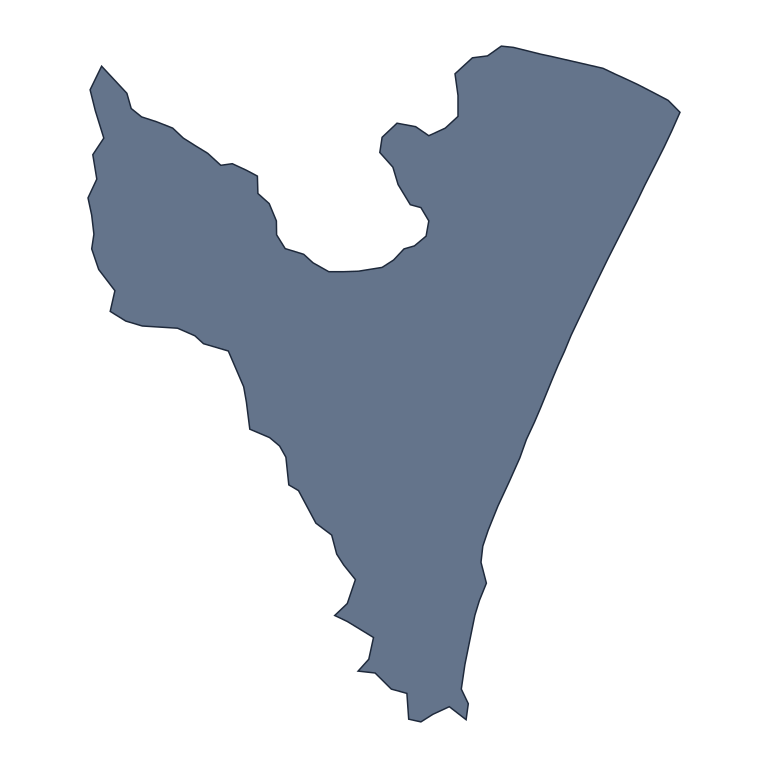 the district of Matinhos, Paraná, Brazil
{"feature_id": "56859067B19648213894292", "entity_name": "Matinhos", "entity_type": "district", "adm_level": 2, "iso_a3": "BRA", "parent_name": "Brazil", "parent_adm1": "Paraná", "projection": "natural_earth1", "projection_center": [-48.56, -25.776], "detail": "fine", "context": "isolated", "style": "filled", "palette": "slate", "viewbox_px": 768, "rotation_deg": 0, "n_neighbors": 0, "source": "geoboundaries", "source_scale": "gbopen_adm2", "svg_char_len": 1679}
<svg xmlns="http://www.w3.org/2000/svg" viewBox="0 0 768 768"><path d="M408.7,719.2L420.9,721.9L432.9,714.3L449.3,706.7L466.1,719.7L468.3,703.7L461.3,689.1L464.9,664.6L470.6,636.4L474.9,615.2L479.4,600.5L486.4,583.2L481.0,562.3L482.8,546.2L488.2,530.2L497.9,506.1L509.0,482.2L519.8,458.0L526.4,439.5L534.5,422.1L540.4,408.3L552.6,378.4L558.2,365.1L564.5,351.3L571.1,335.3L580.8,314.9L587.8,300.2L594.8,285.6L608.1,258.4L626.0,223.1L637.0,201.4L644.7,185.4L654.4,166.4L664.1,147.1L671.8,130.8L680.0,112.3L668.2,100.4L653.8,92.8L637.5,84.4L625.3,78.7L614.5,73.8L603.0,68.3L551.2,56.4L540.8,54.2L513.5,47.4L501.3,46.1L487.5,55.9L472.4,57.8L455.0,73.8L458.0,95.5L458.0,116.4L445.3,128.1L428.8,135.7L415.7,126.7L397.0,123.2L382.1,137.3L379.8,152.5L392.9,167.2L398.1,184.6L410.3,204.7L420.9,207.6L428.8,220.9L426.1,236.1L414.4,245.9L404.0,248.9L393.6,260.0L382.1,267.4L358.4,271.2L343.2,271.7L328.8,271.7L313.0,262.8L303.7,254.3L285.2,248.6L276.6,234.8L276.4,220.9L269.2,203.6L257.9,193.5L257.4,176.1L246.3,170.2L232.3,163.7L220.8,165.3L207.7,153.3L195.3,145.7L183.3,138.1L172.7,128.1L156.7,121.8L141.6,116.9L131.2,108.5L126.9,93.3L101.6,66.2L90.1,89.8L95.3,110.7L103.8,138.1L92.8,154.7L96.8,179.1L88.0,197.9L91.7,215.2L93.9,234.2L91.7,248.9L98.7,269.5L114.9,290.7L110.2,311.4L125.8,321.1L142.3,326.0L177.5,328.2L194.9,335.8L203.5,343.7L228.3,351.0L243.7,386.8L246.4,402.1L249.8,429.2L269.6,437.6L279.6,446.0L285.9,457.2L288.8,484.9L298.5,490.6L315.9,523.2L331.7,535.1L336.7,554.1L343.7,565.0L355.4,579.6L347.3,603.5L334.7,615.5L347.3,621.5L373.5,637.5L368.8,659.2L358.1,671.1L375.1,673.0L391.3,689.1L406.9,693.4L408.7,719.2Z" fill="#64748b" stroke="#1e293b" stroke-width="1.5"/></svg>